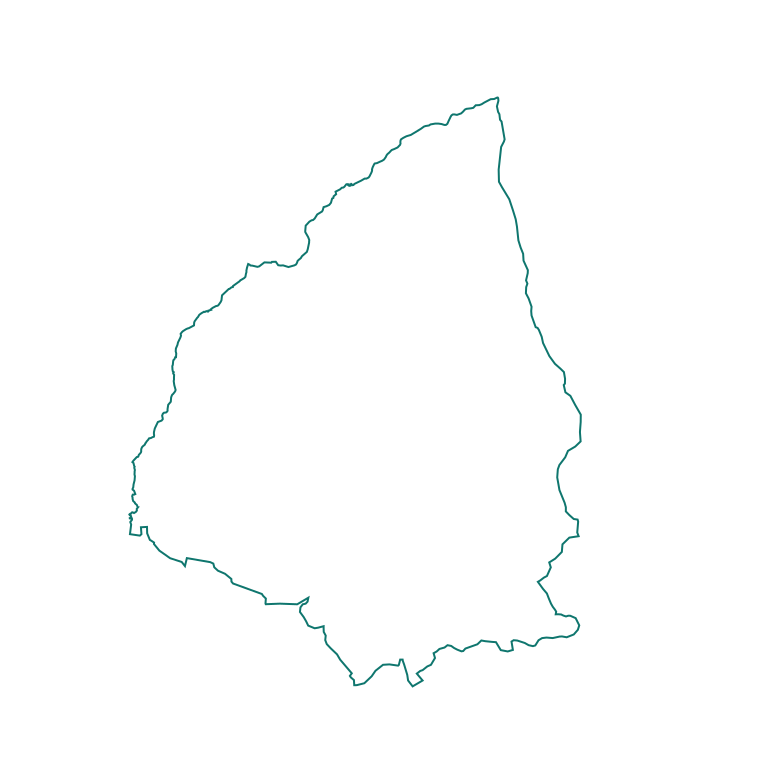 Barbuletu, Dâmbovita, Romania, rotated 10°
{"feature_id": "2599482B33766415063950", "entity_name": "Barbuletu", "entity_type": "district", "adm_level": 2, "iso_a3": "ROU", "parent_name": "Romania", "parent_adm1": "Dâmbovita", "projection": "mercator", "projection_center": [25.286, 45.144], "detail": "fine", "context": "isolated", "style": "outline", "palette": "teal", "viewbox_px": 768, "rotation_deg": 10, "n_neighbors": 0, "source": "geoboundaries", "source_scale": "gbopen_adm2", "svg_char_len": 6148}
<svg xmlns="http://www.w3.org/2000/svg" viewBox="0 0 768 768"><g transform="rotate(10 384 384)"><path d="M614.4,597.7L617.6,592.4L618.2,587.8L613.4,581.3L607.7,579.9L605.7,580.2L603.6,581.3L600.8,580.9L598.5,580.2L595.5,580.5L593.1,581.0L593.1,578.3L591.6,576.6L588.9,574.1L586.6,571.3L583.5,566.5L580.8,562.0L576.2,558.2L569.9,552.1L572.0,550.3L575.1,546.9L577.8,544.8L580.1,535.6L577.7,531.0L582.9,526.3L588.3,518.5L587.6,510.9L593.2,503.1L602.1,500.1L600.1,496.7L599.1,485.8L598.2,483.9L594.3,484.0L589.3,480.9L585.2,477.9L584.5,473.8L582.5,469.6L575.2,458.0L570.8,445.9L570.0,437.8L570.8,433.3L575.2,424.7L576.8,417.9L583.2,412.4L587.6,406.4L585.3,397.3L584.3,387.3L583.1,380.0L575.9,371.4L569.6,363.3L564.1,360.7L561.2,353.8L562.1,352.2L561.4,347.4L559.1,341.0L555.3,338.4L548.8,334.4L542.0,327.8L533.5,316.0L531.1,310.1L527.1,303.8L525.5,302.1L523.5,301.7L517.4,290.9L516.3,286.6L515.9,282.3L511.6,274.7L508.0,270.0L507.2,263.9L507.8,260.3L505.9,257.3L506.3,249.9L505.9,246.9L500.0,238.3L498.4,231.6L494.8,225.8L491.4,219.2L487.6,205.9L485.1,198.9L480.8,190.5L475.3,180.3L466.0,169.7L462.1,164.9L459.7,153.0L458.2,130.2L460.0,124.4L460.3,122.1L454.2,105.1L452.4,103.6L450.8,98.3L449.1,96.2L447.0,91.0L447.5,85.2L446.8,82.7L446.4,82.2L445.8,82.2L443.0,84.2L439.6,85.0L433.9,89.4L431.6,91.5L429.4,92.8L425.9,93.6L424.0,96.5L422.1,97.3L417.4,98.7L416.0,99.7L414.6,102.0L413.0,104.1L409.1,106.3L406.2,106.3L404.8,106.7L403.7,107.9L403.1,109.6L402.7,111.1L402.1,113.2L401.2,116.8L400.0,118.1L398.5,118.4L395.6,118.0L392.6,118.1L389.1,118.7L384.7,120.3L383.4,121.6L380.2,122.7L378.7,123.5L375.9,126.4L367.1,134.1L363.1,136.1L360.3,138.2L358.3,140.1L358.0,141.2L358.1,143.0L358.5,144.2L358.3,145.7L356.3,148.7L353.2,150.9L351.0,152.2L350.2,153.3L349.0,155.2L347.5,157.0L346.8,158.4L346.3,160.3L345.0,163.0L343.4,164.5L341.4,165.8L338.7,167.7L336.5,168.5L336.1,169.4L335.2,172.6L334.9,174.8L335.1,175.2L335.2,176.2L334.9,177.9L333.6,182.2L332.9,183.4L331.0,184.8L329.5,185.0L329.0,185.3L326.2,187.7L320.1,192.1L319.4,193.3L318.3,193.7L317.6,193.4L317.3,192.7L316.9,192.6L316.4,193.3L316.5,194.5L315.4,194.9L314.2,194.4L314.3,193.5L313.0,193.6L312.2,193.9L310.7,196.7L309.8,197.6L308.3,198.1L307.0,199.9L302.9,203.0L303.9,205.4L301.8,207.9L301.8,209.6L300.7,210.4L300.3,214.7L299.0,217.1L296.5,218.9L293.8,220.3L293.5,223.5L293.0,224.9L288.8,228.6L287.0,233.1L285.7,234.8L284.2,235.4L282.3,237.1L280.4,240.1L279.4,241.6L279.9,247.3L280.2,248.2L283.8,252.5L285.4,255.2L285.5,256.6L285.7,257.9L285.5,264.5L285.1,267.3L281.0,272.4L280.2,274.5L278.4,276.6L277.5,277.9L277.3,279.7L276.6,281.6L275.2,282.7L269.6,285.4L264.0,284.7L261.6,285.3L259.2,285.4L256.2,282.4L252.4,283.2L251.9,284.1L245.1,285.0L240.7,289.8L239.0,290.6L233.8,290.3L231.9,290.5L230.9,289.8L229.4,289.4L228.9,293.1L228.8,296.3L229.1,297.6L228.9,299.5L228.9,302.5L228.0,303.9L225.0,306.5L224.6,306.7L224.0,307.8L218.3,313.7L218.3,314.8L217.5,315.0L216.8,315.5L215.3,317.2L214.6,317.4L209.1,324.8L209.4,329.8L208.9,331.6L207.3,335.0L206.6,335.8L204.9,336.5L202.0,338.8L200.5,340.5L200.9,341.0L198.4,342.2L198.6,342.6L198.1,343.3L196.4,343.1L195.0,344.2L194.2,344.1L191.9,346.0L190.1,347.9L189.1,350.5L188.6,351.1L186.6,355.2L186.4,356.4L186.7,359.3L182.1,362.9L180.8,363.5L179.3,364.6L176.8,366.9L176.0,368.0L175.0,369.9L175.7,371.7L175.4,373.6L173.9,378.9L173.8,381.3L172.9,385.2L173.2,388.0L174.1,390.0L174.5,393.7L173.8,393.8L173.2,396.2L172.5,397.0L172.4,398.0L172.7,401.9L172.4,403.1L173.2,406.6L174.0,408.6L174.9,408.9L174.6,410.3L175.7,411.4L176.1,414.5L176.4,415.9L176.4,417.7L177.7,421.6L179.8,426.0L179.7,427.0L179.3,428.1L178.0,430.5L177.4,431.2L177.1,431.9L176.7,434.1L177.1,438.5L175.1,441.9L175.2,446.4L175.5,447.8L175.3,448.7L174.3,449.9L172.3,450.5L171.4,451.6L171.0,453.7L172.0,456.1L172.2,457.2L171.3,458.7L167.9,460.7L166.0,467.6L165.8,471.3L166.1,473.3L166.5,474.2L166.6,475.8L165.2,476.6L163.8,477.7L162.1,478.3L161.9,478.6L161.6,479.6L160.1,482.0L159.8,483.1L159.2,483.9L159.1,484.8L158.9,485.4L157.5,487.0L156.8,488.0L156.3,489.7L156.3,491.1L156.6,492.6L156.5,493.5L156.0,494.6L155.0,496.1L154.8,496.6L154.6,498.1L154.4,498.4L153.2,498.9L150.6,502.9L149.8,504.6L151.0,505.3L152.2,508.1L152.8,508.7L152.6,509.9L153.6,511.9L153.6,513.4L153.8,514.7L154.0,516.4L154.7,518.0L155.1,522.2L154.8,526.3L155.0,529.3L154.6,530.9L154.7,531.6L156.4,532.5L158.2,535.6L157.0,536.4L155.9,536.5L155.6,537.2L155.5,538.3L156.1,539.5L156.4,540.9L157.3,542.8L159.2,544.0L159.4,544.6L160.0,545.1L161.5,545.9L162.9,548.1L163.2,548.1L162.2,549.9L162.6,551.6L161.8,553.1L160.2,554.5L158.8,554.0L158.1,554.2L157.7,555.0L156.4,556.0L155.9,556.7L156.3,557.2L156.8,556.7L157.1,556.8L157.8,558.2L158.1,559.5L156.9,560.2L157.0,560.5L158.6,560.5L158.9,560.0L159.3,560.6L159.4,561.5L158.1,564.0L159.4,566.3L159.9,576.0L169.9,575.7L171.2,574.0L169.5,567.3L175.4,565.9L176.7,572.2L180.5,578.2L181.7,578.6L185.1,580.1L185.2,581.5L191.7,587.1L203.6,592.7L215.7,594.4L219.6,597.9L220.1,589.7L243.8,589.6L247.1,590.5L248.7,594.0L252.9,596.7L260.4,598.5L267.5,602.5L268.1,605.1L270.0,606.7L300.2,612.0L301.7,613.6L304.9,615.8L305.4,620.7L305.8,621.4L319.6,618.4L336.8,616.0L346.6,607.6L346.5,611.6L345.0,613.9L342.2,615.1L340.5,618.5L340.8,623.1L345.4,627.5L348.5,631.2L351.3,635.1L358.1,636.6L361.5,635.4L366.6,633.0L366.9,634.8L367.7,638.6L370.3,641.9L370.6,646.4L372.8,650.1L377.5,653.6L384.7,658.4L388.7,663.1L402.5,674.5L401.1,677.4L402.3,678.7L405.8,680.8L407.0,685.8L409.5,685.3L416.6,682.1L422.6,674.0L425.4,667.9L431.8,660.7L438.0,659.2L446.8,658.9L447.4,658.1L447.8,652.6L450.2,652.2L450.6,653.4L452.5,656.7L457.4,666.4L459.2,671.8L464.7,676.8L473.5,669.3L466.6,663.5L469.5,660.3L471.7,659.1L475.7,654.6L479.0,652.4L481.8,645.0L479.6,640.5L482.3,638.3L484.6,635.3L489.4,633.0L491.9,630.2L495.7,630.3L498.8,631.8L502.3,632.9L506.7,633.8L508.4,633.2L510.1,630.4L521.2,624.1L524.4,619.7L528.3,619.7L535.3,619.2L539.1,618.8L545.2,625.8L552.3,625.9L557.1,623.5L554.3,615.5L556.2,613.8L559.8,613.5L567.6,614.6L571.8,616.1L576.2,616.3L578.4,615.2L580.7,609.5L583.8,606.8L588.0,605.5L594.3,604.9L600.9,602.2L603.2,601.7L607.9,601.7L614.4,597.7Z" fill="none" stroke="#0f766e" stroke-width="2"/></g></svg>